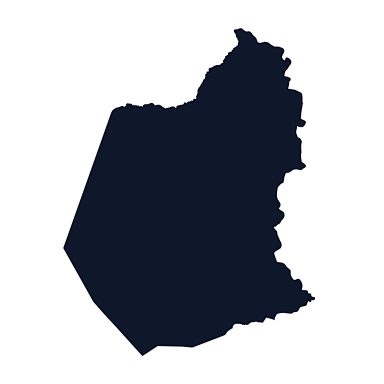 the district of Quimistan, Santa Bárbara, Honduras, rotated 272°
{"feature_id": "27666195B58138028057911", "entity_name": "Quimistan", "entity_type": "district", "adm_level": 2, "iso_a3": "HND", "parent_name": "Honduras", "parent_adm1": "Santa Bárbara", "projection": "robinson", "projection_center": [-88.275, 15.416], "detail": "fine", "context": "isolated", "style": "filled", "palette": "ink", "viewbox_px": 384, "rotation_deg": 272, "n_neighbors": 0, "source": "geoboundaries", "source_scale": "gbopen_adm2", "svg_char_len": 6069}
<svg xmlns="http://www.w3.org/2000/svg" viewBox="0 0 384 384"><g transform="rotate(272 192 192)"><path d="M131.6,66.1L79.3,97.8L66.6,109.8L56.3,120.1L27.3,148.2L37.6,162.8L37.9,188.0L37.3,197.6L50.6,229.0L51.4,230.0L53.5,231.2L54.9,232.5L55.9,233.8L56.5,234.3L57.8,236.7L59.1,236.7L59.6,236.9L61.2,237.8L61.8,238.6L62.2,239.5L62.5,240.5L62.7,241.5L62.6,243.6L62.8,244.1L62.5,245.3L62.5,246.2L61.8,247.0L62.0,248.1L61.6,248.7L61.7,249.2L62.1,249.9L62.1,250.5L61.8,251.8L61.9,252.2L63.7,254.2L64.6,255.7L64.8,257.2L64.7,257.9L65.5,260.4L64.7,263.4L65.2,264.7L64.7,265.5L64.5,266.5L64.9,267.1L69.5,270.0L69.7,270.3L69.8,271.1L68.1,278.0L67.9,278.4L69.0,278.4L69.9,278.7L73.2,280.3L73.8,281.1L74.4,282.5L75.1,286.6L75.1,289.1L74.6,293.8L74.7,295.7L76.1,297.6L76.6,300.7L77.2,301.5L80.3,303.1L81.4,304.1L82.1,306.1L82.7,308.7L83.1,309.6L84.1,310.1L85.5,310.5L86.7,311.2L88.1,311.9L88.4,312.5L88.3,312.9L87.1,313.5L86.8,313.9L87.0,314.2L89.0,314.7L89.4,315.1L89.5,315.7L88.9,316.4L88.7,316.8L88.8,317.2L89.1,317.6L89.7,317.9L90.4,317.9L90.7,315.9L91.3,314.9L92.4,313.9L93.2,314.1L93.9,313.8L94.0,313.2L94.0,311.8L94.3,311.2L95.1,310.8L96.3,310.6L96.9,310.2L97.1,308.9L97.0,305.7L97.3,304.8L97.8,304.5L98.4,304.4L101.0,304.9L103.4,304.8L105.8,303.8L107.4,302.7L108.1,301.8L108.2,301.1L108.0,300.4L107.0,298.3L106.9,297.3L107.2,296.5L107.9,295.6L109.5,294.3L111.6,293.2L113.4,292.7L115.8,292.7L116.5,292.6L117.0,292.4L119.9,288.9L122.3,287.0L123.2,285.8L123.6,284.9L123.8,284.0L124.1,281.4L124.1,279.9L124.7,278.9L125.5,278.4L131.6,276.1L133.2,275.4L134.3,275.6L135.9,276.8L136.7,277.8L138.7,281.0L139.5,282.0L140.7,282.5L142.2,282.7L144.0,282.3L147.2,280.5L149.3,279.7L150.0,279.0L150.5,278.8L152.9,278.1L155.2,277.7L157.9,275.1L159.5,274.2L160.2,274.0L160.5,274.2L160.7,274.7L161.0,276.4L162.8,278.2L164.2,280.4L167.2,282.0L168.4,283.1L169.8,284.0L170.9,284.4L172.0,284.6L173.3,284.3L174.6,283.7L176.9,279.9L177.6,279.1L178.5,278.5L179.0,278.6L179.7,279.2L180.9,279.9L182.3,280.2L183.0,280.1L184.2,279.5L185.6,278.6L186.9,277.5L189.4,276.5L191.8,276.2L194.4,276.2L200.0,276.9L200.6,277.3L201.7,278.4L203.6,279.9L205.2,282.5L210.3,283.1L213.6,284.1L214.3,284.4L214.7,284.7L215.1,285.6L215.4,287.3L215.6,288.2L218.3,292.0L218.9,293.4L219.1,296.1L218.4,299.3L218.4,299.9L218.9,300.8L220.0,302.1L220.9,303.6L221.4,304.1L221.9,304.2L222.4,304.1L223.0,303.6L223.7,302.7L225.1,300.5L225.8,299.9L229.2,299.2L233.1,298.9L235.6,299.3L238.4,298.9L240.4,298.9L242.4,298.7L245.3,299.2L246.3,299.2L247.4,298.7L248.8,297.7L249.3,296.9L249.5,295.8L250.0,295.2L254.3,293.4L255.4,293.3L257.2,293.3L259.4,293.9L261.3,293.8L262.0,294.2L262.3,294.9L261.9,296.0L261.5,297.3L261.4,300.2L263.2,301.7L264.4,302.4L265.3,302.7L265.9,302.6L266.5,302.0L267.0,301.2L267.4,299.8L268.1,298.3L268.5,297.8L269.4,297.4L272.5,297.7L274.3,297.6L284.1,298.9L285.0,298.9L286.9,298.4L289.3,298.5L293.0,298.0L294.0,297.6L294.5,297.0L296.4,292.6L297.0,291.0L297.3,289.5L297.8,284.4L298.0,284.0L298.4,283.8L298.9,283.7L301.6,284.3L304.1,284.6L305.5,284.5L306.5,285.0L307.3,285.9L308.3,286.0L308.9,285.5L309.6,283.8L309.8,283.1L310.1,280.8L310.4,280.0L310.9,279.6L311.9,279.5L314.2,279.9L316.3,280.5L317.1,281.0L319.0,282.7L321.4,284.0L323.5,285.5L323.9,285.8L325.7,286.0L326.6,285.6L327.9,284.6L329.0,282.5L329.0,282.0L328.8,281.6L328.3,281.4L326.8,281.2L326.3,280.7L326.1,280.2L326.1,279.5L326.4,278.9L327.1,278.1L328.2,277.2L329.4,276.6L330.5,276.5L332.5,277.1L335.0,278.4L336.0,278.6L337.2,278.4L338.2,277.5L339.1,275.1L339.5,273.7L339.5,271.5L339.7,271.2L339.2,270.4L339.4,269.6L340.8,266.4L343.1,263.1L343.5,262.1L343.8,261.0L343.9,259.4L342.8,255.7L342.6,253.8L343.6,251.8L344.4,251.4L346.5,250.7L347.7,250.1L349.6,248.0L350.1,247.2L352.5,245.4L353.6,244.1L353.8,243.6L353.9,242.8L353.5,241.5L353.6,240.1L354.9,237.9L356.5,235.8L356.7,235.4L356.4,233.8L355.5,231.7L355.2,229.3L354.6,228.9L354.3,229.1L353.6,229.1L353.4,229.4L353.7,230.1L352.7,230.1L350.5,231.1L349.0,231.2L347.6,232.6L345.9,233.0L345.6,233.2L345.3,233.7L344.7,234.0L343.2,233.7L342.1,233.4L341.4,233.6L340.9,233.4L339.8,233.3L339.1,232.3L337.9,230.9L336.6,228.8L335.5,228.7L334.7,227.6L333.5,227.3L333.0,227.0L332.7,226.3L332.4,224.6L331.9,223.9L331.5,224.0L331.3,224.6L330.9,224.7L329.7,223.3L328.3,221.2L326.3,220.7L324.1,219.1L323.3,219.0L322.3,219.7L321.5,219.3L321.2,218.9L321.3,217.7L319.6,216.1L319.2,215.3L319.0,214.3L319.0,212.1L318.5,211.3L318.2,210.1L316.7,208.2L315.8,205.6L315.4,205.1L314.5,205.1L313.9,205.5L313.5,206.1L313.1,206.1L312.3,205.2L312.4,203.9L312.2,203.4L311.9,203.1L311.6,203.0L310.8,203.1L310.3,203.0L309.7,202.0L309.4,201.8L307.9,202.3L307.5,202.2L306.8,201.6L305.4,201.9L304.2,200.1L302.1,199.4L298.9,197.5L296.9,196.6L295.9,195.5L294.9,195.3L293.5,194.6L292.1,194.9L291.3,194.9L288.5,194.1L287.7,193.5L286.1,193.8L285.1,193.7L284.1,193.1L284.0,192.7L284.5,191.8L284.6,191.2L283.8,190.6L283.0,190.8L282.6,190.8L282.9,190.3L282.3,189.8L282.6,188.7L282.5,188.1L282.2,187.8L281.8,188.0L281.5,188.0L281.1,187.2L281.7,185.9L281.6,185.6L281.0,184.8L280.0,184.1L279.8,183.8L279.8,183.2L280.5,182.3L280.6,181.8L279.1,181.0L278.3,180.0L278.1,178.5L277.4,175.8L276.9,174.5L276.4,174.1L275.1,174.2L274.5,174.0L274.4,173.7L274.6,172.6L275.9,171.0L276.1,170.6L276.1,170.0L275.8,169.2L275.8,168.1L274.9,167.0L274.9,166.3L274.4,165.0L274.5,164.1L273.7,163.7L273.6,163.4L273.6,163.0L275.5,159.0L276.5,158.1L277.2,156.4L277.3,155.5L277.2,154.4L276.5,152.5L276.4,152.1L277.3,150.9L278.6,149.7L278.9,148.7L278.8,147.8L277.5,145.7L277.5,144.0L276.7,143.1L276.8,142.8L277.5,142.4L277.5,142.2L277.0,141.8L276.6,140.8L275.5,140.7L274.7,140.1L274.6,139.7L275.4,138.2L275.2,137.7L274.5,137.4L274.2,137.0L274.3,136.6L275.4,136.0L275.8,135.4L275.8,135.0L275.4,133.8L276.0,133.3L276.1,132.9L275.4,131.9L275.3,131.4L276.2,130.9L275.5,130.2L275.5,129.9L275.7,129.3L277.0,128.4L277.3,128.0L277.4,126.1L277.7,124.5L277.2,123.9L276.1,123.7L275.0,123.2L274.7,122.6L274.0,122.1L273.9,121.4L274.8,119.5L274.6,118.4L273.5,116.3L273.1,114.4L272.5,112.8L270.2,110.1L267.7,109.0L131.6,66.1Z" fill="#0f172a" stroke="#020617" stroke-width="1.5"/></g></svg>